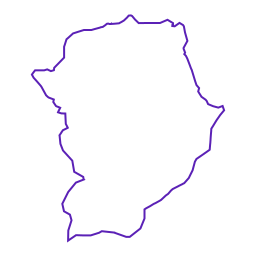 Jabal Habashi, Ta`izz, Yemen (Mercator projection)
{"feature_id": "15242507B58786860168028", "entity_name": "Jabal Habashi", "entity_type": "district", "adm_level": 2, "iso_a3": "YEM", "parent_name": "Yemen", "parent_adm1": "Ta`izz", "projection": "mercator", "projection_center": [43.88, 13.465], "detail": "fine", "context": "isolated", "style": "outline", "palette": "violet", "viewbox_px": 256, "rotation_deg": 0, "n_neighbors": 0, "source": "geoboundaries", "source_scale": "gbopen_adm2", "svg_char_len": 2806}
<svg xmlns="http://www.w3.org/2000/svg" viewBox="0 0 256 256"><path d="M68.1,240.6L76.0,235.2L77.2,235.2L80.2,235.3L83.2,235.4L90.7,235.4L94.8,234.1L95.5,233.9L95.8,233.8L96.7,233.5L98.3,233.0L99.0,232.8L101.8,231.2L114.6,232.6L114.7,232.8L126.3,236.9L129.7,236.9L140.4,228.5L141.2,226.6L142.0,224.6L144.3,219.0L144.5,218.4L144.5,214.0L144.5,209.4L146.1,208.3L150.0,206.2L153.7,203.9L155.7,203.0L156.0,202.8L160.0,200.6L160.7,200.1L161.0,200.0L165.7,195.6L165.8,195.5L168.1,193.9L170.7,190.9L170.8,190.7L171.2,190.4L172.6,189.1L175.9,187.4L176.1,187.3L176.9,186.9L177.3,186.7L177.9,186.4L178.8,185.9L181.8,184.4L182.5,184.1L182.7,183.9L183.5,183.5L183.9,183.3L184.2,183.2L188.8,178.0L190.4,174.7L192.6,170.3L194.9,161.7L196.5,158.9L200.9,155.9L209.5,149.9L209.7,149.7L210.1,144.9L210.3,143.0L210.5,140.3L210.7,137.0L211.0,133.2L211.2,131.1L211.3,128.8L211.8,127.9L212.2,127.4L212.5,126.8L213.0,126.1L213.1,125.9L216.5,120.3L220.2,115.0L224.1,110.3L222.6,106.0L218.3,107.6L213.1,106.2L210.0,104.9L208.1,104.1L206.7,101.0L205.6,99.7L201.8,97.0L201.5,96.8L201.4,96.7L201.2,96.3L199.1,93.0L198.9,92.6L198.5,92.0L198.3,91.7L198.2,91.5L199.1,88.1L196.5,85.1L195.3,81.6L195.2,81.3L191.7,69.8L191.3,69.1L191.2,68.8L190.5,67.1L190.2,66.2L187.3,58.6L185.9,55.8L184.3,54.1L185.1,52.7L184.3,50.5L183.6,48.8L183.6,48.0L183.6,47.9L187.4,40.9L185.0,32.4L183.9,26.4L183.1,25.1L179.5,22.9L174.7,26.3L172.3,26.0L172.4,25.1L173.1,25.2L173.0,23.1L167.5,19.8L160.0,23.0L157.8,23.0L156.8,23.0L153.6,23.0L146.7,23.0L138.7,23.1L135.0,19.5L132.1,16.0L130.9,15.4L128.7,15.6L127.0,17.6L126.7,17.9L125.5,19.0L124.8,19.7L123.8,20.6L121.9,21.7L121.8,21.8L119.7,22.9L119.1,23.3L115.8,23.6L114.8,23.7L112.2,23.9L111.7,23.9L111.4,23.6L111.0,24.0L110.0,24.0L109.6,24.0L109.4,24.0L108.3,23.6L107.9,23.6L107.2,23.8L106.9,23.8L105.7,24.8L105.1,25.3L102.8,26.9L100.6,27.3L100.0,27.6L94.5,29.1L91.4,30.0L90.4,30.0L87.6,30.0L85.2,30.0L83.9,30.0L77.5,32.0L74.1,33.1L73.1,33.4L70.9,35.4L69.0,37.1L68.7,37.4L66.5,39.3L64.7,45.0L64.1,46.7L64.1,46.8L64.1,48.0L64.1,53.6L64.1,55.2L64.1,57.6L54.2,67.8L53.9,70.2L50.9,71.1L47.2,69.4L44.3,70.3L39.0,70.3L35.1,70.3L33.1,72.9L31.9,74.6L32.9,76.4L33.6,77.7L36.4,80.8L37.2,81.7L40.9,86.0L41.0,86.2L41.5,86.9L46.1,95.3L47.8,96.9L48.6,97.5L53.8,99.5L53.3,102.0L54.3,103.5L55.9,105.9L56.1,106.1L56.7,106.4L57.6,106.7L59.6,107.5L60.2,107.8L58.1,112.0L58.0,112.3L61.4,113.4L65.3,113.5L65.8,123.9L67.4,127.0L67.8,127.7L67.8,127.8L67.0,128.2L64.6,129.4L62.8,130.3L62.4,131.0L61.4,132.4L61.4,132.5L60.4,134.0L59.6,135.2L59.5,135.3L59.6,135.7L60.0,139.7L60.4,143.6L60.4,143.8L63.0,150.5L72.3,160.7L74.2,171.8L83.2,176.9L83.7,179.4L83.8,179.5L75.9,182.6L68.2,192.0L64.8,198.8L62.3,203.8L64.0,211.3L69.9,214.6L70.6,217.0L71.5,220.2L71.5,220.4L68.3,230.5L68.1,240.6Z" fill="none" stroke="#5b21b6" stroke-width="2"/></svg>